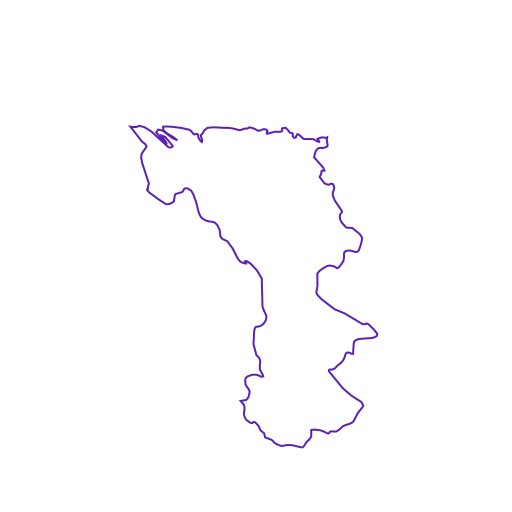 the County of Aust-Agder, rotated 218°
{"feature_id": "NOR-912", "entity_name": "Aust-Agder", "entity_type": "County", "adm_level": 1, "iso_a3": "NOR", "parent_name": "Norway", "parent_adm1": "", "projection": "natural_earth1", "projection_center": [8.022, 58.924], "detail": "fine", "context": "isolated", "style": "outline", "palette": "violet", "viewbox_px": 512, "rotation_deg": 218, "n_neighbors": 0, "source": "natural_earth", "source_scale": "10m", "svg_char_len": 4753}
<svg xmlns="http://www.w3.org/2000/svg" viewBox="0 0 512 512"><g transform="rotate(218 256 256)"><path d="M434.6,280.6L432.4,281.8L429.7,284.0L428.2,286.6L423.5,288.8L415.5,289.7L392.0,287.8L390.7,288.4L389.5,289.7L389.0,290.9L389.6,291.5L400.9,294.0L404.4,292.8L396.8,290.2L394.9,289.0L410.7,291.9L411.0,295.3L406.9,297.3L394.1,297.5L389.2,298.8L393.3,298.8L402.6,297.8L406.4,298.2L408.8,300.7L407.4,302.1L402.1,305.9L393.4,311.1L385.7,314.7L379.7,313.7L379.0,314.2L378.4,315.1L377.9,315.8L377.0,316.1L376.0,315.7L374.7,314.2L373.9,313.7L370.6,312.5L368.9,312.5L369.7,314.3L372.7,316.1L373.9,317.4L373.5,319.2L374.1,323.2L373.2,327.0L371.0,329.2L368.4,331.5L359.8,337.5L356.5,340.1L352.4,342.4L350.1,343.5L346.8,344.7L344.9,346.8L343.9,348.9L341.3,351.1L340.3,353.4L336.9,354.9L335.0,355.4L332.8,355.7L331.2,356.1L330.1,357.4L329.2,359.0L328.1,360.6L326.4,361.7L324.7,361.9L323.8,361.5L323.7,360.1L322.5,359.1L317.8,365.3L313.3,368.8L312.4,370.6L314.0,372.7L311.6,375.3L308.6,374.9L305.3,374.1L302.5,375.2L300.8,373.0L298.8,372.6L297.6,373.7L298.2,375.8L298.4,377.6L296.0,378.0L291.0,377.5L289.8,378.1L286.0,380.9L284.8,382.0L282.9,383.3L277.9,384.2L275.7,385.0L276.7,385.1L278.6,385.8L279.6,386.3L277.6,389.4L276.4,390.7L273.4,392.2L273.0,393.3L271.7,391.1L267.6,387.2L267.4,386.3L267.6,385.1L268.4,384.2L269.2,382.9L269.8,382.2L270.3,381.9L270.9,381.5L271.8,380.8L273.2,379.3L273.6,377.3L273.6,375.9L273.0,374.0L271.1,369.6L257.4,367.0L254.6,365.4L255.1,364.9L255.9,364.4L256.5,363.8L256.5,363.0L255.9,361.9L255.3,361.3L255.0,360.1L254.5,357.4L246.6,355.4L242.9,356.6L242.2,357.6L241.6,359.0L240.0,359.9L238.2,359.5L236.5,358.1L235.4,356.0L234.3,352.9L232.0,350.5L228.0,348.2L217.6,344.9L215.6,344.1L215.3,343.3L215.3,340.7L214.5,339.0L212.4,336.8L208.9,335.1L203.1,334.1L201.6,334.4L197.5,337.3L188.1,337.2L185.1,336.3L183.1,335.2L181.1,331.1L180.0,328.4L178.4,323.4L179.1,321.1L180.1,320.4L185.2,318.3L186.5,317.2L188.2,315.4L188.5,313.7L188.3,312.3L185.6,308.8L184.0,305.8L183.6,299.8L184.0,297.4L184.7,296.2L186.3,296.2L187.2,296.1L188.1,295.9L189.9,295.0L190.9,294.6L192.0,293.9L193.8,291.9L195.5,287.6L196.8,283.4L196.9,280.0L189.1,270.2L186.3,264.9L185.2,263.8L183.4,263.1L177.8,262.3L161.4,262.4L150.9,265.3L130.2,267.9L127.9,269.5L127.6,270.7L126.2,271.3L124.5,271.4L118.0,270.7L112.5,269.4L111.6,267.0L112.4,265.4L113.7,263.2L123.8,254.0L125.5,251.2L125.9,248.9L125.1,247.3L122.5,243.3L119.2,238.6L120.9,237.6L123.0,237.3L124.7,236.1L125.2,234.7L124.7,232.8L123.8,230.8L123.1,227.5L123.2,224.6L124.3,219.5L124.7,216.0L125.5,214.1L126.7,212.9L128.1,211.9L128.3,211.0L127.8,210.3L126.5,209.8L106.1,205.2L95.0,204.7L83.1,205.8L79.4,204.2L79.0,202.8L79.1,195.2L77.4,186.1L77.7,183.9L78.7,181.7L81.2,178.1L82.7,175.5L83.6,170.1L84.7,167.1L86.6,165.6L88.6,164.3L89.3,163.5L89.6,162.7L89.4,162.0L89.7,160.7L90.6,160.2L95.0,159.3L98.1,158.2L102.8,155.4L104.5,153.8L105.3,152.9L105.2,152.7L104.8,152.1L104.0,151.2L101.2,147.5L101.1,144.7L101.6,140.3L101.5,138.7L101.3,137.3L101.2,135.6L101.4,134.1L102.5,133.1L111.0,129.2L114.8,126.5L118.5,122.4L120.3,121.4L123.9,120.5L126.1,120.2L127.6,120.3L128.6,120.7L129.9,120.7L131.0,120.6L137.2,118.7L140.4,121.3L144.7,121.3L146.0,121.8L148.3,123.2L150.3,123.8L153.9,124.4L155.2,124.1L155.9,123.4L156.0,122.2L156.9,121.5L158.5,121.0L162.2,120.9L164.1,121.3L166.0,122.3L167.3,123.2L168.3,124.2L169.0,125.1L170.6,128.0L172.5,130.3L173.8,131.2L178.9,132.3L175.0,136.7L174.9,138.0L175.1,140.1L176.7,143.9L177.7,145.3L179.1,146.2L185.0,148.2L188.2,151.6L189.0,153.9L188.4,156.2L185.9,160.0L183.9,161.8L181.7,163.1L177.6,164.1L176.5,164.9L176.2,165.6L177.3,166.4L183.0,168.9L185.6,172.1L187.6,175.4L189.4,176.9L191.1,177.7L194.6,178.1L203.7,185.0L211.1,195.5L212.4,198.4L212.4,200.3L210.7,201.8L209.1,204.2L208.3,207.1L208.7,211.4L209.9,213.9L211.6,215.7L215.9,217.7L219.8,220.2L237.3,241.5L237.8,241.9L246.4,245.2L254.4,246.6L258.2,246.5L260.5,246.1L261.3,245.4L261.4,244.8L261.0,244.5L260.4,244.4L259.4,244.4L259.1,244.1L259.7,243.5L262.5,242.4L265.1,241.9L267.6,242.4L270.1,243.3L278.8,247.5L287.9,250.0L293.0,248.7L294.9,249.1L296.5,249.8L298.6,252.2L300.5,254.0L304.8,256.3L307.8,256.9L310.2,256.7L315.0,254.0L318.1,252.9L322.2,252.5L325.2,253.5L328.5,255.5L336.8,261.9L343.4,266.0L347.4,267.6L350.6,267.3L351.9,266.9L353.2,266.1L353.8,265.1L353.9,264.0L353.5,262.9L353.5,261.8L353.6,260.9L356.0,257.4L357.4,255.6L357.5,254.6L357.0,253.1L354.4,248.7L355.0,246.1L356.5,243.5L357.9,242.0L358.1,241.9L358.3,241.8L359.3,241.4L366.8,240.7L379.4,240.3L382.6,241.0L382.8,241.5L382.7,241.8L382.7,242.0L382.5,242.5L384.1,244.7L384.9,247.1L402.5,258.9L407.2,262.9L408.0,264.5L408.8,265.6L409.2,268.4L409.5,274.7L410.4,275.4L412.2,276.0L416.5,276.0L434.6,280.6Z" fill="none" stroke="#5b21b6" stroke-width="2"/></g></svg>